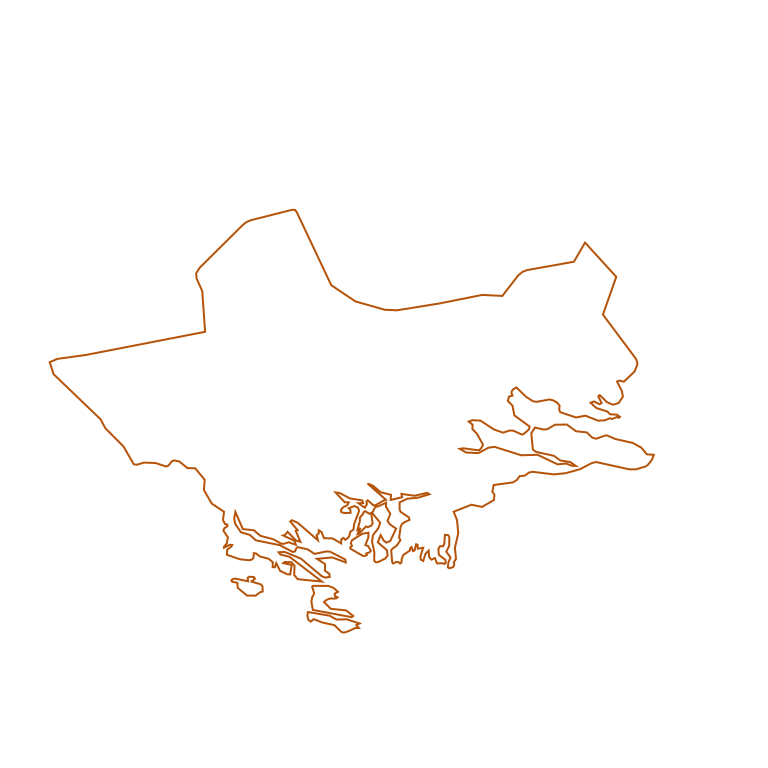 an SVG outline of Nord-Trøndelag, rotated 230°
{"feature_id": "NOR-925", "entity_name": "Nord-Trøndelag", "entity_type": "County", "adm_level": 1, "iso_a3": "NOR", "parent_name": "Norway", "parent_adm1": "", "projection": "mercator", "projection_center": [11.396, 64.165], "detail": "fine", "context": "isolated", "style": "outline", "palette": "amber", "viewbox_px": 768, "rotation_deg": 230, "n_neighbors": 0, "source": "natural_earth", "source_scale": "10m", "svg_char_len": 6172}
<svg xmlns="http://www.w3.org/2000/svg" viewBox="0 0 768 768"><g transform="rotate(230 384 384)"><path d="M615.6,142.0L613.2,149.9L597.9,174.3L539.0,280.5L572.0,304.5L585.4,308.3L589.5,311.2L591.5,317.4L596.6,377.9L596.5,382.5L595.1,387.2L576.7,425.2L574.7,427.7L572.0,427.7L493.6,407.1L465.6,415.2L440.4,432.3L432.2,441.2L410.1,478.2L389.1,516.5L375.4,531.3L380.9,556.6L380.9,562.1L379.2,567.0L355.6,608.1L363.1,628.9L316.8,630.8L296.4,596.3L241.3,593.2L237.9,591.9L236.0,590.5L232.5,583.9L231.6,569.2L235.2,566.6L236.1,564.1L225.7,561.7L220.7,558.8L218.6,551.4L221.0,546.0L226.6,543.2L236.8,542.1L236.8,540.2L229.5,538.4L230.0,536.1L235.6,533.7L236.8,530.2L228.9,531.3L219.6,537.3L215.4,537.8L210.7,542.8L207.2,543.6L207.2,542.1L209.0,541.2L210.5,536.4L212.6,534.9L214.2,529.9L218.2,524.5L230.3,517.9L234.9,509.6L249.1,500.9L251.7,501.7L254.6,504.6L258.7,504.6L262.8,503.0L265.8,500.8L272.3,489.4L274.9,487.1L282.8,484.6L296.2,483.2L296.9,480.2L296.5,477.5L295.3,475.9L292.5,475.0L294.0,471.6L291.5,468.0L284.8,468.5L276.2,463.7L257.8,468.2L256.1,466.0L255.9,461.3L256.1,458.0L256.7,457.1L265.0,453.1L267.6,450.4L270.2,443.9L278.7,438.9L293.9,434.4L299.5,428.4L300.7,424.8L295.9,425.7L292.7,422.8L286.1,423.2L274.5,421.0L273.6,420.5L272.3,417.0L272.1,414.6L273.4,412.9L283.7,403.5L285.6,400.4L278.7,402.9L270.4,411.9L268.0,423.2L264.8,428.3L241.2,443.3L231.1,456.1L210.8,465.4L206.1,472.3L200.4,475.5L198.0,478.3L204.5,476.5L212.1,469.9L219.8,468.0L234.3,456.8L238.1,455.9L251.6,465.2L253.6,471.6L246.2,477.3L244.4,480.2L242.9,488.8L235.4,498.0L224.4,500.7L216.6,508.2L208.9,509.1L205.7,511.4L202.2,520.7L201.2,521.8L193.1,525.9L178.9,536.7L169.8,540.2L161.1,540.2L156.3,545.2L153.9,540.8L153.0,537.4L152.4,533.8L152.7,531.3L156.7,522.1L160.9,517.1L187.9,496.3L189.9,492.3L192.7,479.5L198.8,466.0L205.6,456.0L221.2,441.4L223.0,438.1L223.3,433.0L226.2,428.5L225.1,424.4L225.7,419.6L236.1,403.1L231.9,397.8L228.2,397.4L224.5,393.7L226.8,380.1L235.3,373.4L241.4,355.3L232.7,352.4L222.0,345.0L213.0,333.1L203.7,326.7L202.4,322.7L200.3,321.6L199.3,319.2L200.9,315.5L202.6,315.1L206.1,318.9L208.3,323.4L215.6,324.0L218.0,329.8L224.8,335.7L227.0,336.0L229.3,333.7L223.1,327.8L221.7,325.1L223.7,322.7L222.8,319.7L217.9,316.2L209.8,318.0L207.2,316.2L207.2,314.6L208.8,314.0L212.5,309.3L217.9,311.1L219.0,307.4L222.4,307.4L227.7,311.1L227.3,306.7L223.2,300.3L225.9,299.3L228.5,301.0L233.4,308.8L236.1,304.0L239.3,306.4L240.6,305.6L236.8,300.3L237.4,298.8L241.4,300.3L241.4,298.4L239.8,297.0L240.6,288.8L238.7,285.2L236.1,282.7L236.1,280.9L238.1,280.7L239.9,279.0L240.6,275.6L242.2,275.7L252.1,282.7L252.4,285.2L252.0,290.0L253.8,296.2L256.6,296.8L264.0,305.1L265.2,307.8L264.9,311.2L263.5,316.2L265.9,317.3L275.4,314.5L278.0,315.4L283.3,319.9L281.0,328.4L275.2,336.6L270.4,347.9L272.9,347.1L278.7,335.6L288.6,326.7L285.6,325.1L290.9,314.6L294.6,318.1L303.2,311.9L313.4,310.1L318.3,307.4L294.0,311.1L295.1,308.2L296.6,299.4L298.2,297.8L305.3,296.8L305.3,295.0L302.9,293.7L301.6,289.8L309.1,287.8L306.2,291.5L308.7,292.6L318.3,284.3L328.8,280.1L332.0,277.2L318.7,277.9L316.0,280.9L314.8,278.3L315.8,273.0L315.3,270.1L313.3,269.0L310.8,270.5L306.8,275.6L309.0,277.3L311.5,277.2L309.5,282.9L306.2,284.6L302.8,283.4L295.9,271.1L292.1,267.0L292.5,263.1L290.0,260.0L289.3,257.5L289.4,254.2L292.1,254.1L292.5,251.5L289.4,248.7L298.7,245.4L304.5,238.9L310.8,241.0L313.8,240.0L311.5,238.0L311.5,235.2L306.8,232.9L333.2,228.7L338.9,225.8L338.9,223.8L327.5,223.8L328.2,222.0L316.8,218.5L320.6,216.0L332.8,215.1L332.0,211.3L332.8,209.4L321.3,214.7L317.5,213.1L324.1,209.2L326.0,204.4L328.2,202.4L335.9,199.6L347.2,191.7L355.6,190.3L363.6,182.6L381.5,187.9L377.2,182.7L372.5,180.1L362.4,179.1L354.5,184.3L346.7,185.3L327.5,200.6L313.9,206.2L313.0,208.2L314.5,211.3L314.5,213.1L306.2,219.3L298.5,221.6L292.8,232.2L290.2,234.9L274.4,241.5L271.9,240.0L284.4,232.9L293.1,220.3L283.9,223.1L279.0,218.7L273.7,220.1L271.1,218.5L273.5,214.5L276.7,212.8L303.6,208.1L319.2,200.0L322.8,195.1L320.1,195.0L312.2,200.6L272.6,209.4L290.0,192.4L295.4,192.4L302.3,198.7L307.0,198.5L311.5,193.5L311.5,191.7L304.7,197.0L298.4,189.7L300.4,187.6L307.6,184.3L316.0,186.3L313.8,182.6L315.3,181.0L319.0,184.3L324.3,183.3L331.6,178.1L336.5,177.0L338.1,175.5L334.8,172.4L334.4,170.0L335.8,167.3L342.3,161.0L354.1,153.9L357.9,157.4L357.6,162.6L358.2,164.2L360.0,162.5L361.5,156.2L362.1,156.6L363.0,161.1L366.9,165.9L375.0,166.7L376.1,169.1L375.7,172.6L377.0,173.6L378.9,172.2L383.2,173.2L389.0,179.3L403.1,175.2L418.6,177.9L425.9,185.1L440.8,185.2L445.9,179.4L456.1,177.4L460.2,174.3L461.2,172.0L460.1,166.7L460.8,164.1L470.3,158.2L478.0,149.7L481.1,142.6L483.5,140.7L503.6,144.3L529.3,142.1L539.1,144.2L603.9,137.2L615.6,142.0ZM277.2,287.0L280.1,291.9L292.7,292.0L295.5,298.4L294.1,300.5L291.7,309.3L288.9,306.7L280.5,305.4L276.9,298.8L272.8,298.3L265.4,300.3L259.7,287.8L261.1,283.8L264.3,283.1L270.4,284.3L266.7,277.5L254.7,279.4L250.2,276.4L249.5,272.7L251.4,265.0L252.8,263.1L254.9,262.9L261.2,268.4L270.9,273.5L275.3,278.4L277.2,287.0ZM255.5,197.9L246.0,198.7L235.0,209.4L226.1,211.3L226.1,209.4L256.6,184.3L264.0,188.5L266.8,192.0L268.4,195.9L274.9,198.7L275.0,199.9L265.0,211.7L260.1,214.3L254.4,215.1L255.1,211.3L252.9,210.1L250.5,211.3L250.5,209.4L254.3,204.8L255.6,201.0L255.5,197.9ZM227.7,204.2L216.3,211.3L217.1,207.8L213.3,207.8L215.4,205.5L217.7,197.2L219.3,193.5L221.4,192.0L231.1,191.0L241.3,183.2L249.0,179.1L249.1,175.1L252.0,174.5L255.7,176.3L258.2,179.1L241.5,193.4L234.2,196.1L227.7,204.2ZM330.0,140.6L331.7,140.8L331.7,143.0L330.4,145.1L320.2,153.1L323.2,155.0L323.0,156.9L319.8,160.2L317.8,160.0L317.8,156.2L318.5,155.0L309.8,160.8L307.4,161.0L303.0,157.7L304.1,155.2L304.4,149.6L309.9,143.1L321.9,140.9L326.0,143.9L330.0,140.6ZM284.9,259.0L283.2,271.1L280.1,276.5L276.5,273.4L272.6,266.2L269.9,267.7L264.6,266.7L264.3,264.8L265.6,261.5L264.0,260.9L264.7,258.5L266.0,257.3L279.2,252.5L280.6,253.1L280.5,255.4L283.4,256.3L284.9,259.0ZM297.1,279.6L297.9,284.3L298.9,285.9L298.7,287.8L294.0,289.4L293.5,291.3L284.4,285.6L283.7,283.2L284.7,279.7L286.4,278.7L285.5,269.2L286.1,267.5L288.9,273.5L288.6,271.2L289.1,269.7L294.7,277.6L297.1,279.6Z" fill="none" stroke="#b45309" stroke-width="2"/></g></svg>